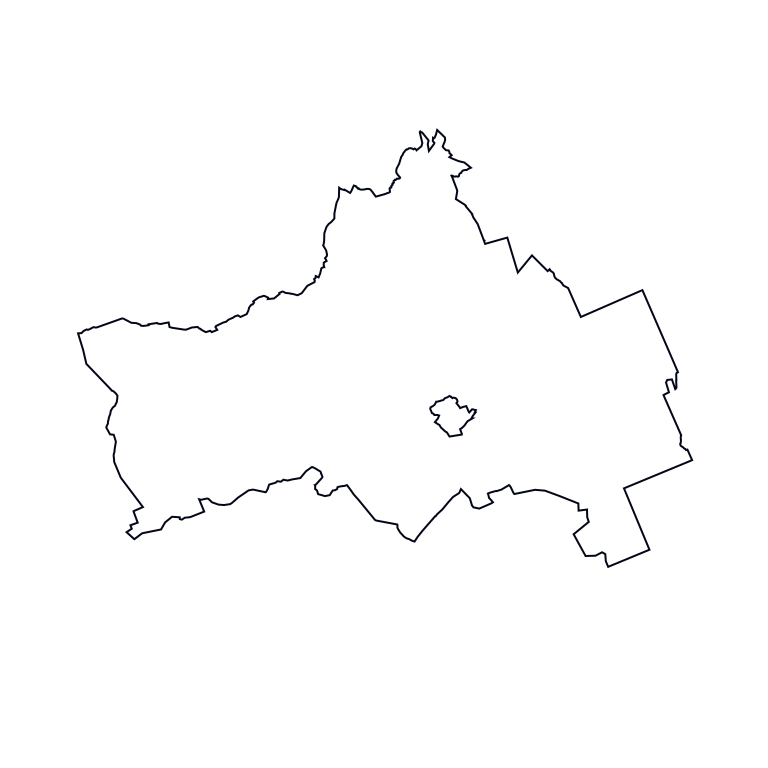 the district of Viesītes pag., Viesites, Latvia, rotated 345°
{"feature_id": "27541924B828825882748", "entity_name": "Viesītes pag.", "entity_type": "district", "adm_level": 2, "iso_a3": "LVA", "parent_name": "Latvia", "parent_adm1": "Viesites", "projection": "orthographic", "projection_center": [25.496, 56.366], "detail": "fine", "context": "isolated", "style": "outline", "palette": "ink", "viewbox_px": 768, "rotation_deg": 345, "n_neighbors": 0, "source": "geoboundaries", "source_scale": "gbopen_adm2", "svg_char_len": 6154}
<svg xmlns="http://www.w3.org/2000/svg" viewBox="0 0 768 768"><g transform="rotate(345 384 384)"><path d="M597.5,612.8L588.8,546.9L661.9,537.3L660.1,525.9L658.6,525.9L658.2,524.7L657.2,523.9L656.7,522.8L654.9,520.8L654.6,520.2L654.5,519.2L654.7,518.4L655.0,518.3L655.9,516.4L656.5,514.3L656.5,513.3L657.4,510.8L657.8,510.5L651.1,467.0L657.1,465.7L656.8,455.6L658.6,453.4L663.3,454.1L664.0,464.3L665.2,463.7L665.7,462.6L667.2,455.9L667.4,455.9L668.8,450.1L669.5,449.1L671.0,448.7L668.0,428.1L657.9,360.2L591.5,370.2L586.7,339.0L582.8,335.3L582.1,333.4L582.2,332.9L581.1,331.4L580.8,330.4L577.8,327.4L576.7,325.4L576.5,324.4L576.5,322.3L576.6,321.2L576.1,320.0L573.8,317.3L574.0,316.7L573.7,316.0L571.3,317.3L560.2,298.1L542.1,311.0L541.0,274.5L517.9,274.8L517.6,271.3L517.9,271.2L517.6,270.9L515.9,253.8L513.5,246.6L512.8,242.2L513.0,242.2L509.1,233.8L509.2,233.0L508.9,232.9L508.5,231.8L501.3,224.0L504.6,216.8L504.8,215.7L503.5,202.4L503.1,200.2L503.5,200.2L505.6,201.9L507.7,202.2L509.2,202.9L510.2,202.5L510.7,201.4L511.6,200.3L513.3,200.0L514.1,199.0L515.6,198.2L518.0,198.3L519.3,198.7L521.1,198.0L523.9,197.6L518.9,190.8L513.7,188.0L507.9,183.6L505.9,181.8L508.6,180.5L507.0,177.9L507.2,177.0L506.9,175.2L504.4,174.2L502.7,171.4L502.1,169.9L505.3,165.7L506.3,163.9L506.6,161.6L501.1,152.4L498.7,156.6L496.8,159.0L495.7,159.6L495.1,158.9L494.0,162.0L495.1,164.2L494.4,165.1L487.7,170.5L488.3,163.8L490.1,160.3L486.0,151.0L485.4,150.8L484.4,149.4L483.7,149.9L483.4,161.2L481.6,164.1L475.9,166.7L475.7,165.7L474.9,164.8L474.5,164.5L473.3,165.0L471.9,163.7L470.7,163.1L469.0,162.8L467.4,163.5L466.5,163.2L465.0,164.0L462.2,166.2L461.5,167.3L459.3,169.2L455.7,175.1L451.9,179.2L450.8,181.7L450.7,183.3L451.4,185.5L453.0,188.7L452.9,189.0L452.2,189.5L450.6,189.4L449.8,189.0L448.0,189.9L447.5,189.6L447.3,189.9L446.1,190.2L445.7,190.6L445.7,191.9L444.8,192.6L444.6,192.3L443.9,192.7L443.6,193.4L443.5,194.2L442.4,194.5L442.0,195.9L441.5,196.2L440.7,196.0L440.0,196.6L439.8,197.5L439.7,199.2L439.2,200.3L433.4,200.8L424.6,200.9L422.1,194.5L421.3,192.8L420.2,191.8L418.0,191.1L415.2,191.0L412.4,190.4L411.2,189.8L409.7,188.7L410.0,188.4L408.4,186.9L408.4,186.2L407.6,185.3L406.2,184.5L402.1,189.5L400.7,190.7L396.4,186.2L396.1,186.5L392.9,184.6L391.5,182.8L388.9,191.5L388.4,192.5L384.8,197.1L380.2,206.5L378.9,211.3L375.0,213.9L372.0,215.1L369.1,217.4L365.4,222.9L363.2,230.4L361.9,233.3L361.1,234.4L362.4,238.9L362.7,240.8L362.4,244.5L361.8,245.7L359.6,247.2L360.3,249.4L360.4,250.3L357.3,251.1L356.5,253.7L356.5,255.6L356.0,255.4L353.5,256.0L350.9,260.8L348.4,264.1L346.0,262.1L345.2,264.0L343.6,264.6L343.9,266.2L343.3,267.6L335.4,269.3L328.0,275.0L323.5,275.9L319.0,273.3L317.1,272.6L316.7,272.2L312.4,270.5L310.6,268.8L309.7,268.4L306.3,269.0L306.4,270.0L300.0,272.9L293.7,271.9L294.4,270.6L291.6,268.2L290.5,267.7L285.2,268.0L279.0,270.4L279.5,271.8L277.7,273.2L276.6,273.0L275.4,273.7L273.5,275.3L272.0,278.0L269.4,281.0L262.7,282.1L260.6,279.9L257.4,280.1L255.3,280.9L250.5,281.6L247.6,283.0L244.8,283.0L236.8,284.5L235.9,285.3L236.9,288.6L231.0,289.3L229.9,287.6L225.5,287.8L224.5,287.1L221.5,284.2L221.0,283.2L220.0,282.7L218.8,280.7L213.1,279.7L206.9,280.3L204.7,279.6L194.0,274.9L191.6,273.5L191.9,268.8L186.0,268.3L184.5,268.4L181.4,267.3L180.6,266.3L172.1,265.4L172.2,266.2L171.8,266.3L166.8,265.7L164.4,264.8L163.7,263.4L160.5,261.1L155.8,259.5L149.2,253.4L148.0,252.9L121.5,255.0L120.3,254.9L118.0,253.9L113.3,255.0L111.9,255.0L111.0,254.4L110.4,254.4L107.5,255.1L105.0,256.5L101.6,255.9L102.2,273.3L101.7,287.5L119.2,319.4L119.2,319.8L120.9,321.1L122.6,323.8L123.5,326.3L122.6,329.0L121.0,332.6L119.9,333.6L118.7,335.3L116.0,336.5L113.3,339.0L111.6,342.5L110.3,344.1L109.1,346.2L108.4,347.8L107.8,348.5L107.0,350.9L105.0,353.2L104.5,354.2L106.3,361.7L109.8,363.1L110.1,370.3L106.6,378.1L106.2,379.6L104.9,381.6L104.3,383.3L103.6,387.6L103.2,389.3L105.5,406.4L119.3,440.5L109.2,442.0L109.1,442.4L110.2,454.2L102.5,454.8L102.9,458.5L97.0,460.5L102.7,469.3L111.7,465.6L131.0,466.8L136.8,461.0L144.9,457.4L152.2,459.9L151.8,461.7L153.8,462.7L156.8,461.6L162.1,462.4L163.5,462.3L177.3,460.7L175.6,447.5L177.3,448.5L183.3,448.8L184.3,449.2L184.7,449.5L187.3,453.8L193.0,457.7L198.1,459.5L204.3,460.2L206.2,459.6L213.8,455.9L225.7,451.7L230.2,452.1L241.6,457.9L242.1,457.8L244.6,455.2L246.8,451.7L247.3,451.4L253.6,451.3L255.8,450.3L259.2,451.7L262.0,450.4L265.9,452.3L270.7,452.4L278.8,453.2L286.2,448.0L292.9,445.5L295.1,447.1L300.0,452.2L300.1,453.9L300.0,454.1L300.2,454.5L300.5,457.7L300.1,458.4L291.4,464.0L291.1,463.9L291.2,464.4L290.3,467.5L291.8,469.7L291.8,473.1L292.0,473.4L298.0,477.0L302.8,477.3L306.9,473.6L308.9,473.9L311.5,473.4L312.4,471.6L315.0,471.6L319.7,472.2L322.1,472.1L324.7,478.7L326.2,482.9L329.5,489.5L340.2,513.1L341.4,514.0L360.4,523.1L360.5,523.6L359.8,526.1L360.0,527.6L361.2,531.6L363.7,536.4L365.6,538.7L368.1,540.3L370.3,542.5L372.7,544.1L377.0,540.3L383.1,535.8L399.3,524.9L399.7,525.1L401.7,523.5L407.7,520.4L415.2,515.1L421.4,511.0L428.5,508.7L431.1,505.4L437.3,516.5L437.6,524.2L438.5,526.3L443.8,529.0L456.6,527.1L458.6,526.5L457.5,524.0L456.0,521.3L456.1,518.3L456.0,516.7L457.9,516.4L464.4,516.3L465.0,516.6L470.0,516.4L478.6,514.0L479.4,515.4L479.9,517.3L480.7,522.1L481.4,524.0L502.5,525.3L511.9,528.7L524.5,537.6L540.8,549.7L539.2,556.7L547.6,557.8L545.8,565.3L546.1,570.2L528.3,578.2L534.2,602.3L543.8,604.6L551.1,603.0L553.7,605.6L552.4,612.6L553.2,618.6L597.5,612.8ZM462.0,437.4L459.6,439.8L460.5,440.1L455.7,441.4L454.5,442.0L450.8,445.1L447.7,446.7L445.8,447.3L446.3,452.5L446.0,453.0L433.7,451.7L432.2,447.0L430.9,445.7L427.7,440.7L426.9,437.8L426.1,437.2L423.3,434.0L427.1,431.3L429.1,428.7L427.5,427.7L424.6,427.0L424.2,425.7L422.8,424.5L422.3,420.6L422.3,419.6L423.0,418.6L425.8,417.9L427.7,417.0L429.9,414.6L430.8,414.9L437.1,414.8L439.2,413.5L442.0,413.2L444.1,412.5L445.5,413.7L445.4,414.0L446.4,415.3L446.8,415.1L448.2,415.4L449.3,416.1L449.9,416.7L450.5,418.3L450.5,419.7L450.4,420.1L449.0,421.2L450.9,425.5L451.3,427.0L454.5,426.6L457.8,426.7L458.7,433.2L459.0,433.6L462.6,431.2L466.0,433.0L464.4,434.9L465.0,435.2L462.0,437.4Z" fill="none" stroke="#020617" stroke-width="2"/></g></svg>